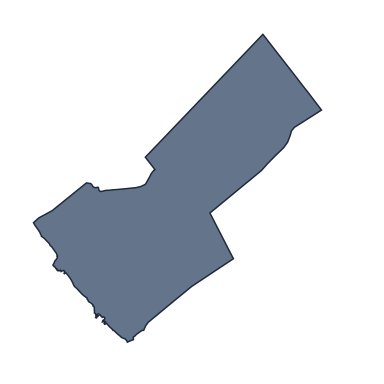 Lotofaga, Atua, Samoa, rotated 51°
{"feature_id": "51752279B14441590630946", "entity_name": "Lotofaga", "entity_type": "district", "adm_level": 2, "iso_a3": "WSM", "parent_name": "Samoa", "parent_adm1": "Atua", "projection": "natural_earth1", "projection_center": [-171.572, -14.0], "detail": "fine", "context": "isolated", "style": "filled", "palette": "slate", "viewbox_px": 384, "rotation_deg": 51, "n_neighbors": 0, "source": "geoboundaries", "source_scale": "gbopen_adm2", "svg_char_len": 2199}
<svg xmlns="http://www.w3.org/2000/svg" viewBox="0 0 384 384"><g transform="rotate(51 192 192)"><path d="M116.1,334.5L119.0,335.0L125.5,335.4L127.8,335.7L129.3,336.2L131.2,336.5L131.6,336.9L135.0,336.0L142.4,335.4L144.4,335.9L146.2,335.5L151.0,335.8L154.4,336.0L156.1,336.6L156.9,337.3L157.2,336.9L158.4,338.2L158.9,339.8L159.2,340.4L159.2,341.8L159.8,342.6L161.1,345.7L161.8,346.3L162.5,345.9L163.4,346.1L164.3,345.6L165.8,346.0L166.8,345.3L167.5,346.1L168.8,345.8L169.0,344.9L169.7,344.9L170.0,343.4L171.4,343.8L171.5,342.5L172.2,341.8L172.2,341.1L173.6,340.8L174.8,342.7L175.2,342.6L175.6,340.8L178.0,340.8L182.4,341.0L184.4,341.2L187.2,341.8L190.6,342.7L191.9,342.7L194.8,342.2L201.7,341.8L203.7,341.5L208.6,340.3L209.2,340.9L210.8,340.9L212.1,341.4L212.9,341.0L215.2,340.3L217.4,340.0L218.1,340.7L219.9,340.3L221.0,341.3L223.9,343.3L224.5,344.0L225.6,343.6L227.4,344.2L228.0,344.9L228.9,345.0L229.0,345.9L229.8,345.4L229.0,344.2L229.5,343.7L229.2,342.6L227.8,343.7L227.3,343.1L227.9,341.3L229.3,340.7L230.2,340.9L230.7,340.6L231.5,340.9L232.3,340.5L233.0,340.7L233.3,339.4L233.8,339.1L235.2,339.1L235.9,340.0L235.7,342.2L236.6,343.4L237.5,341.1L238.7,341.0L238.5,342.4L238.9,343.1L239.8,343.2L240.1,342.3L239.9,341.4L241.6,341.0L245.1,340.9L248.9,340.3L249.8,340.5L250.3,339.9L255.1,339.3L259.5,338.4L260.5,338.4L263.7,336.7L264.5,336.4L266.8,336.3L268.0,336.8L269.3,332.0L269.9,330.7L269.7,330.2L267.8,329.0L268.0,326.7L267.7,325.1L267.8,322.6L268.1,318.1L269.1,316.6L267.5,313.6L266.6,311.4L265.7,307.9L265.5,290.2L265.3,270.9L265.2,251.5L269.9,201.8L260.2,199.8L247.3,197.1L219.6,191.3L219.0,124.5L217.5,115.4L216.2,104.0L215.3,93.2L213.5,86.4L209.9,80.2L207.1,76.2L206.2,71.6L209.8,39.8L186.5,39.1L181.9,39.1L166.1,38.7L138.7,38.2L114.1,37.7L123.9,114.3L135.6,206.4L151.3,206.7L151.2,207.8L151.6,210.4L152.4,212.9L153.6,215.4L156.6,223.1L156.5,224.5L155.9,226.6L155.7,227.9L153.4,232.8L143.5,247.8L139.8,253.2L138.7,255.0L136.4,258.1L135.1,261.1L133.9,262.9L132.7,263.2L131.7,263.0L129.6,262.0L129.0,262.2L128.1,264.1L126.7,265.2L125.6,265.6L123.8,265.3L121.6,265.4L120.7,266.4L118.5,268.3L118.5,312.5L115.7,327.3L116.1,334.5Z" fill="#64748b" stroke="#1e293b" stroke-width="1.5"/></g></svg>